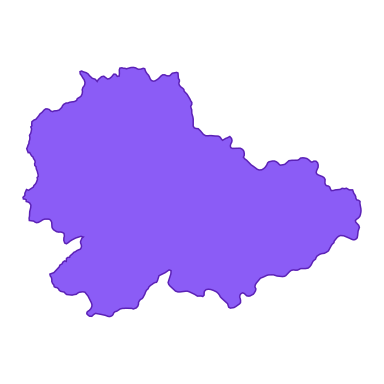 the district of Brasilândia de Minas, Minas Gerais, Brazil
{"feature_id": "56859067B94455820983640", "entity_name": "Brasilândia de Minas", "entity_type": "district", "adm_level": 2, "iso_a3": "BRA", "parent_name": "Brazil", "parent_adm1": "Minas Gerais", "projection": "albers", "projection_center": [-45.906, -16.944], "detail": "fine", "context": "isolated", "style": "filled", "palette": "violet", "viewbox_px": 384, "rotation_deg": 0, "n_neighbors": 0, "source": "geoboundaries", "source_scale": "gbopen_adm2", "svg_char_len": 5863}
<svg xmlns="http://www.w3.org/2000/svg" viewBox="0 0 384 384"><path d="M45.7,108.9L44.3,109.8L42.0,112.4L40.0,113.9L38.7,115.9L35.9,119.3L34.0,120.0L31.9,121.7L31.7,124.1L31.9,125.8L30.8,126.9L31.6,128.9L31.2,131.3L30.7,133.3L29.5,135.3L29.9,137.7L29.7,139.7L29.0,141.6L28.9,143.5L28.1,145.0L27.4,147.1L26.7,148.7L28.2,152.7L29.6,152.5L31.6,155.9L32.9,156.9L33.6,158.7L34.8,160.4L35.2,162.1L34.6,163.7L34.8,165.5L36.0,166.7L36.3,169.0L37.2,171.1L38.1,174.7L38.2,176.5L37.1,177.5L37.5,179.3L36.2,182.8L35.1,184.4L34.0,185.4L33.3,187.1L28.5,190.3L26.5,189.5L24.9,193.2L24.8,195.5L23.0,197.3L23.4,199.0L24.8,199.1L26.2,199.8L26.2,201.5L28.0,202.0L29.7,203.0L30.9,205.2L30.7,207.6L29.7,211.7L29.5,216.1L29.1,218.1L29.3,220.5L33.7,221.1L35.0,222.1L36.5,222.7L38.4,222.4L41.1,220.9L42.7,219.8L44.7,219.1L48.3,219.1L49.7,219.4L50.8,220.5L51.7,222.3L52.0,227.2L52.5,228.4L53.6,229.8L56.6,231.7L58.6,232.1L60.6,232.0L62.3,232.4L64.0,233.4L64.4,236.1L63.9,237.8L63.8,240.4L64.7,243.0L66.4,243.8L68.3,242.6L70.1,241.1L72.2,239.8L75.7,238.0L81.0,236.3L83.3,237.0L81.9,238.2L80.5,241.6L80.6,243.0L81.3,244.8L81.5,246.4L81.1,247.9L80.4,249.1L77.2,250.4L75.4,251.7L73.9,252.3L72.5,253.8L70.1,255.8L69.6,257.3L67.9,257.4L66.5,258.4L66.3,261.4L64.6,260.9L63.0,262.0L62.0,263.9L59.8,265.2L59.3,266.8L53.9,272.6L49.9,274.1L50.3,276.0L51.4,277.5L51.8,279.5L51.8,281.5L52.6,283.5L53.8,284.9L54.2,286.7L55.5,287.4L57.0,287.6L58.4,288.7L59.2,290.2L60.6,291.3L64.2,292.1L65.4,293.5L66.6,294.5L72.1,295.1L74.1,294.6L76.2,294.3L77.6,293.2L79.2,292.3L82.8,291.8L84.9,292.2L88.0,296.0L91.4,302.8L92.0,304.9L91.8,306.6L90.9,308.6L89.3,310.4L88.0,311.2L87.0,312.2L86.8,313.8L87.8,314.9L89.5,316.2L91.8,316.3L93.8,314.4L95.6,313.4L101.1,314.4L105.2,315.3L108.1,316.4L109.5,316.6L110.8,316.3L112.4,315.4L113.2,314.2L113.7,312.9L114.8,311.8L116.8,311.2L120.3,308.9L122.6,308.4L124.1,308.4L125.7,308.2L131.9,308.4L133.3,309.0L136.3,307.9L137.8,306.2L138.5,304.2L138.5,302.5L139.2,301.1L140.3,299.6L142.1,298.6L143.0,297.5L144.8,294.1L145.5,292.1L146.5,290.2L148.1,288.8L148.9,287.0L150.5,285.4L152.2,284.3L153.5,283.3L155.1,282.5L156.5,282.3L157.4,280.8L159.0,275.7L165.3,272.6L169.1,269.9L171.0,270.6L171.0,272.7L170.8,274.1L168.1,282.5L168.7,284.3L169.9,285.9L175.5,291.1L177.8,291.9L180.1,291.9L185.9,291.2L187.4,291.2L189.3,291.8L193.1,293.6L194.9,294.5L197.4,296.1L201.1,296.0L202.8,296.5L204.1,295.1L204.1,293.2L204.4,291.3L206.1,289.6L208.4,289.2L210.8,289.5L213.4,290.4L216.5,291.9L218.3,293.5L219.5,295.2L220.3,296.8L221.5,298.1L227.6,303.7L228.7,307.2L230.3,308.1L233.9,307.6L235.7,306.6L239.5,303.9L240.5,302.7L240.6,300.6L240.3,298.9L239.7,297.2L239.9,295.3L240.7,293.9L242.6,292.8L244.3,293.5L246.7,295.8L248.2,296.1L249.9,296.0L253.3,294.2L254.3,292.9L255.5,290.8L255.9,288.9L254.9,286.9L255.3,284.8L256.4,283.0L260.4,278.2L263.4,277.0L267.0,275.3L268.7,274.9L273.4,274.8L277.0,276.0L282.6,276.6L284.5,276.3L285.8,275.6L289.7,271.5L291.2,270.4L293.3,269.9L295.7,270.2L297.6,270.1L300.7,268.6L305.3,268.6L308.1,268.1L309.8,266.7L311.1,265.0L312.9,261.4L314.1,260.2L315.5,259.2L316.0,257.7L317.0,256.1L319.7,254.3L321.8,253.6L324.3,253.3L326.5,252.2L328.4,250.9L331.2,245.7L332.2,244.2L333.9,242.7L334.2,241.1L337.1,237.5L338.6,236.3L340.5,235.5L343.8,235.8L349.7,238.3L351.5,239.2L353.2,239.8L354.8,239.7L356.2,238.9L357.2,237.8L357.6,235.6L358.1,231.1L359.4,227.4L358.7,225.3L355.7,222.1L355.4,220.5L356.5,219.3L358.1,218.2L359.7,216.5L360.4,214.6L360.8,212.6L361.0,210.9L360.9,208.8L359.9,203.4L360.0,201.4L358.6,200.3L356.8,199.9L355.9,198.4L355.7,196.5L354.9,194.8L353.8,193.3L352.6,189.9L349.3,189.9L346.4,188.2L344.6,188.7L342.1,188.3L340.3,189.4L335.3,189.9L333.3,190.5L331.3,190.6L330.3,188.8L329.8,187.2L328.5,186.1L326.3,185.6L325.4,184.5L324.9,183.0L325.1,179.4L324.0,177.6L322.5,176.6L318.4,175.0L316.9,174.0L316.2,172.7L316.5,170.9L318.1,167.3L318.2,165.0L317.6,162.8L316.0,161.2L313.9,161.1L312.6,161.9L311.2,162.0L308.5,159.6L306.8,158.5L304.7,158.0L302.8,157.8L300.5,158.1L299.2,159.4L297.6,160.2L291.8,160.3L288.9,160.7L285.0,164.2L283.7,164.6L280.3,165.2L278.8,164.0L277.9,162.9L276.4,161.8L274.5,161.0L272.5,161.0L268.9,161.8L267.7,162.8L266.7,165.1L265.0,167.5L263.6,168.7L261.7,169.8L259.2,170.0L257.3,169.3L253.3,166.3L251.2,164.9L246.6,160.2L244.8,158.9L243.4,157.2L244.2,155.5L244.3,153.9L244.0,151.8L243.4,150.4L241.9,149.0L240.2,148.2L232.3,148.4L230.7,147.6L230.3,145.9L230.7,144.1L231.8,141.9L232.0,140.3L231.5,138.4L229.8,136.5L227.4,137.8L225.7,138.4L222.6,140.3L221.3,139.0L220.6,137.8L219.6,136.7L218.1,136.1L215.0,136.0L211.3,135.6L209.6,135.6L208.0,135.8L205.6,135.7L203.4,134.4L200.4,130.8L198.2,128.7L196.1,128.5L194.3,127.9L193.2,126.1L193.2,119.1L192.9,117.1L191.8,113.4L191.7,109.7L191.1,108.2L190.7,106.3L191.8,104.4L191.8,102.4L190.8,101.0L189.9,99.0L187.1,94.3L184.2,91.3L183.8,89.4L182.6,88.2L180.8,86.9L179.3,85.1L178.8,83.1L179.4,81.5L179.4,80.0L178.4,78.4L178.0,73.0L176.7,72.4L172.3,73.2L169.7,75.8L167.8,75.9L166.3,75.6L164.8,74.8L162.7,74.8L161.2,75.8L159.1,78.0L157.6,79.3L155.0,80.9L153.3,81.2L151.4,80.5L150.2,78.9L149.4,76.9L148.5,75.2L147.0,73.6L145.6,71.4L144.7,68.7L143.2,68.3L140.9,69.1L138.6,69.3L137.2,68.8L135.7,67.9L133.5,67.4L131.0,67.5L126.4,68.8L125.0,68.3L123.4,68.3L121.9,67.8L119.9,68.1L119.3,69.9L119.4,73.8L119.2,76.0L117.3,76.4L115.7,74.3L113.9,74.1L112.9,75.2L111.7,76.8L109.4,78.6L107.5,79.0L103.8,76.2L101.5,76.7L98.3,79.5L97.2,81.5L95.2,79.2L92.3,78.3L89.4,75.6L88.1,73.9L86.2,72.7L83.0,71.7L81.7,71.0L80.0,71.6L80.2,73.9L81.4,75.4L83.2,78.5L84.1,79.6L85.0,82.6L84.7,84.7L84.0,86.1L82.9,87.5L82.2,89.8L82.5,91.7L82.1,94.1L81.1,96.1L80.0,97.0L77.3,98.6L76.6,100.4L75.0,101.3L73.6,101.7L71.7,101.9L69.5,102.3L67.9,103.0L66.1,103.0L63.6,104.4L62.4,106.0L61.8,107.4L59.2,110.0L56.9,110.7L54.1,110.9L52.8,111.6L50.9,111.1L49.2,109.5L47.2,108.9L45.7,108.9Z" fill="#8b5cf6" stroke="#5b21b6" stroke-width="1.5"/></svg>